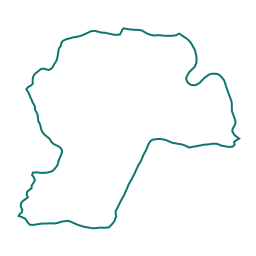 Capinópolis, Minas Gerais, Brazil (Equal Earth projection), rotated 89°
{"feature_id": "56859067B52140573071662", "entity_name": "Capinópolis", "entity_type": "district", "adm_level": 2, "iso_a3": "BRA", "parent_name": "Brazil", "parent_adm1": "Minas Gerais", "projection": "equal_earth", "projection_center": [-49.565, -18.674], "detail": "fine", "context": "isolated", "style": "outline", "palette": "teal", "viewbox_px": 256, "rotation_deg": 89, "n_neighbors": 0, "source": "geoboundaries", "source_scale": "gbopen_adm2", "svg_char_len": 3189}
<svg xmlns="http://www.w3.org/2000/svg" viewBox="0 0 256 256"><g transform="rotate(89 128 128)"><path d="M140.5,17.1L137.1,21.5L133.3,23.8L130.7,23.4L127.6,21.5L125.7,20.7L122.9,20.4L120.5,21.2L112.8,23.8L109.9,23.8L105.2,23.8L102.8,24.2L90.1,28.6L82.3,30.9L79.4,33.0L76.5,35.7L75.5,37.9L75.2,40.9L75.3,43.4L75.9,45.9L78.9,50.3L84.4,55.9L86.5,60.1L86.0,64.2L84.3,66.9L81.3,68.7L78.7,68.9L73.3,65.9L67.9,60.2L64.2,58.6L62.4,58.3L58.0,58.3L51.3,59.7L43.8,63.7L40.5,66.6L34.5,75.2L36.2,78.5L36.6,82.0L36.5,86.0L36.4,90.4L35.9,93.6L35.7,96.4L36.0,100.1L35.5,102.8L34.8,105.1L33.8,107.3L32.3,109.9L30.7,112.5L30.1,115.9L30.0,119.0L29.7,121.9L29.4,124.7L28.8,127.9L28.3,130.7L29.7,132.1L31.9,133.0L34.3,134.4L34.7,137.9L34.3,141.6L33.6,144.3L32.9,147.3L32.3,150.0L32.2,152.4L31.4,155.6L30.3,159.2L30.5,163.0L31.7,165.7L32.7,167.9L33.9,170.7L35.3,174.5L36.0,178.4L36.5,181.6L37.2,183.9L37.8,186.7L38.6,189.2L39.8,191.6L41.5,193.0L43.3,193.4L45.2,194.0L47.2,195.7L50.0,196.3L52.3,196.6L54.5,197.0L56.6,197.5L58.8,198.1L60.6,199.0L62.3,200.4L64.3,201.4L67.1,203.2L68.6,206.2L68.0,208.8L67.1,211.0L67.6,214.1L69.5,216.6L71.1,218.6L72.6,220.5L75.2,221.9L77.7,222.5L79.6,222.5L82.1,222.5L83.9,224.3L85.3,227.2L87.5,229.0L89.7,227.5L91.7,226.6L94.2,225.5L96.4,224.8L98.3,223.8L100.9,222.9L103.4,221.4L105.3,220.7L108.2,220.5L110.6,219.3L112.4,218.4L114.2,218.0L116.9,217.9L119.8,217.5L122.3,216.1L124.3,215.5L126.2,215.2L128.5,214.6L130.9,213.4L133.2,211.6L135.6,208.7L137.7,206.4L140.3,205.0L142.4,203.1L144.1,199.9L145.2,197.7L146.7,195.8L148.6,194.7L150.4,194.3L152.5,194.9L155.0,195.9L157.4,197.0L159.6,198.0L162.0,198.6L163.8,199.2L165.6,200.4L167.5,202.0L169.5,204.0L170.5,206.5L171.1,209.1L171.4,213.0L171.3,216.8L170.7,219.8L170.9,223.8L173.3,224.7L175.6,223.1L178.6,222.0L181.7,223.8L183.9,225.3L186.3,225.4L188.0,227.5L190.2,230.1L193.1,230.4L195.3,229.3L197.0,231.1L198.9,234.2L201.6,236.4L204.7,236.6L207.9,235.1L210.5,235.6L212.0,237.6L214.0,238.9L215.2,235.6L216.7,232.6L218.7,231.0L220.9,229.9L223.1,227.6L223.2,223.8L222.5,219.2L222.0,215.1L222.1,211.4L221.9,208.4L222.0,205.5L222.2,203.1L221.7,199.9L220.7,197.0L220.3,194.6L219.9,191.7L219.9,189.1L220.7,186.9L221.8,184.5L223.0,182.0L224.0,179.7L224.9,177.1L225.8,174.3L226.4,171.7L226.9,168.8L227.5,166.2L227.7,163.8L227.4,160.7L227.1,157.7L227.3,154.4L227.3,151.9L226.9,148.6L224.2,146.0L222.3,144.3L220.5,142.9L218.1,142.3L216.1,141.3L213.6,141.8L210.7,141.8L208.0,140.1L205.1,138.6L202.8,137.5L200.2,136.1L197.5,134.5L195.1,133.1L192.8,132.1L190.3,130.9L187.8,129.7L185.0,128.6L182.4,127.1L180.7,126.1L179.1,125.1L176.9,124.1L174.7,122.7L172.1,121.5L169.4,120.3L167.3,119.2L165.6,118.5L163.2,116.8L160.7,115.4L158.7,114.5L157.0,113.8L155.3,113.1L153.1,111.8L150.5,110.4L148.7,109.5L146.4,108.6L143.5,107.2L141.2,105.5L140.0,103.1L139.7,100.1L139.5,97.4L139.8,94.2L140.3,91.9L141.0,89.6L142.0,87.6L143.1,85.1L143.8,82.9L144.2,80.4L144.7,78.1L145.3,74.6L146.5,71.3L147.6,69.2L148.6,67.1L148.0,64.2L147.4,60.0L146.7,56.0L146.1,52.7L145.9,49.8L145.6,46.3L145.1,42.6L145.4,39.4L146.3,37.0L147.3,35.0L147.9,31.5L148.7,27.8L148.5,23.8L146.6,21.7L143.6,22.1L141.8,19.4L140.5,17.1Z" fill="none" stroke="#0f766e" stroke-width="2"/></g></svg>